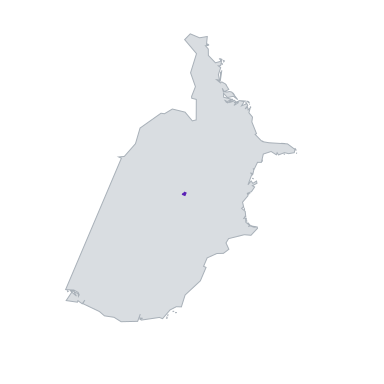 location of Geary, Kansas, United States of America, rotated 293°
{"feature_id": "52423323B10299341155565", "entity_name": "Geary", "entity_type": "district", "adm_level": 2, "iso_a3": "USA", "parent_name": "United States of America", "parent_adm1": "Kansas", "projection": "mercator", "projection_center": [-96.82, 39.045], "detail": "fine", "context": "in_parent", "style": "filled", "palette": "violet", "viewbox_px": 384, "rotation_deg": 293, "n_neighbors": 0, "source": "geoboundaries", "source_scale": "gbopen_adm2", "svg_char_len": 4034}
<svg xmlns="http://www.w3.org/2000/svg" viewBox="0 0 384 384"><g transform="rotate(293 192 192)"><path d="M301.2,144.1L321.1,142.1L329.4,125.7L336.9,128.6L336.9,138.7L341.1,145.3L333.5,147.7L333.1,149.5L331.9,147.2L330.0,151.1L324.1,153.7L320.1,163.1L323.3,167.1L325.5,166.7L325.0,164.9L325.7,165.7L325.8,167.7L319.5,169.0L318.4,166.9L317.7,169.8L310.4,170.4L304.9,174.1L305.5,172.0L305.0,170.6L303.5,175.6L305.0,176.4L304.5,180.6L300.8,185.8L297.0,182.6L299.3,179.3L296.7,181.6L297.7,185.2L299.2,187.3L299.5,189.6L294.9,198.0L296.3,192.7L292.8,187.8L295.2,182.4L291.6,184.1L292.8,191.9L289.4,189.5L288.2,189.8L289.3,187.3L289.2,186.6L288.0,188.5L288.0,190.1L293.2,193.1L292.0,194.5L289.7,191.8L288.8,191.4L291.7,194.6L293.0,195.2L292.2,197.2L290.6,195.7L293.1,198.6L292.5,199.0L291.3,197.5L288.1,196.8L292.0,199.6L294.5,199.5L296.9,206.5L294.8,201.2L295.5,204.7L290.7,203.9L294.1,207.4L295.8,206.4L293.6,209.5L289.2,208.4L291.9,210.0L289.5,211.6L292.3,212.7L287.2,213.4L284.6,218.4L279.9,219.7L270.9,228.6L269.7,227.6L266.3,235.6L266.0,237.6L267.4,243.6L273.6,261.1L271.4,270.2L268.1,270.7L265.0,265.9L264.4,261.8L259.9,257.1L261.4,255.0L259.2,255.1L260.2,249.0L254.8,242.8L246.4,244.3L244.9,240.7L236.7,240.3L237.7,239.0L236.3,240.3L232.5,241.0L232.5,238.2L231.8,240.2L220.5,240.7L225.3,242.1L223.7,244.6L227.3,247.1L225.4,248.4L221.4,245.1L221.1,247.7L215.5,246.6L212.4,243.4L210.5,245.0L202.4,242.5L197.6,246.0L198.8,245.1L196.3,244.1L195.0,248.5L190.0,251.3L191.2,250.5L187.9,250.0L189.0,251.5L185.2,253.3L183.8,258.1L182.1,257.4L183.5,258.6L183.8,263.0L185.3,265.6L184.2,266.5L175.2,263.2L173.1,256.8L163.4,243.9L158.4,243.2L153.7,248.3L147.8,244.9L145.1,238.9L137.3,231.7L128.1,231.7L128.1,234.4L113.5,234.4L94.5,225.9L82.1,227.1L80.3,222.4L74.9,217.9L63.9,214.4L63.8,211.0L54.3,195.4L54.6,193.8L56.5,195.9L55.3,192.4L59.4,192.1L51.7,192.5L44.9,177.4L46.2,169.2L43.8,159.8L45.8,153.5L46.6,135.1L50.6,135.6L46.2,134.6L47.4,129.5L45.8,129.6L42.9,118.6L52.9,120.5L51.0,126.3L54.1,122.2L53.9,127.0L51.6,128.2L53.3,128.4L55.1,126.4L55.6,121.5L52.8,113.8L195.5,113.8L195.6,110.8L198.3,115.8L214.4,121.1L230.6,119.2L252.4,132.7L253.3,136.1L260.7,141.5L262.8,154.4L257.6,164.5L260.0,167.7L278.9,159.8L278.2,155.1L279.8,154.3L290.3,154.0L301.2,144.1ZM312.6,172.5L315.7,171.9L304.7,174.8L313.8,171.3L312.6,172.5ZM53.7,118.6L55.0,121.7L54.9,122.2L53.1,119.8L53.7,118.6ZM185.2,264.9L184.0,261.1L184.1,258.9L184.2,261.2L185.2,264.9ZM334.3,148.0L334.2,149.5L333.7,149.2L334.3,148.0ZM212.5,244.5L212.8,245.4L211.8,244.7L212.5,244.5ZM68.2,218.2L69.5,217.7L69.6,217.8L68.2,218.2ZM66.9,217.8L66.4,218.5L65.9,217.9L66.9,217.8ZM322.4,169.2L321.5,170.1L321.3,169.9L322.4,169.2ZM184.8,256.9L184.1,258.6L185.7,255.2L184.8,256.9ZM271.8,255.4L273.0,258.8L271.6,255.1L271.8,255.4ZM74.7,221.2L75.3,222.2L74.6,221.3L74.7,221.2ZM271.9,270.7L270.9,271.8L272.5,269.5L271.9,270.7ZM297.3,208.9L296.1,210.3L297.1,206.9L297.3,208.9ZM52.3,116.0L52.3,116.9L51.7,116.5L52.3,116.0ZM189.1,252.2L187.3,253.0L189.1,252.0L189.1,252.2ZM325.3,169.6L325.3,170.6L324.3,170.4L325.3,169.6ZM74.7,224.0L75.1,225.2L74.5,224.1L74.7,224.0ZM186.9,253.7L186.2,254.1L186.8,253.4L186.9,253.7ZM299.0,191.3L297.8,193.3L299.2,190.5L299.0,191.3ZM197.1,246.8L195.9,247.5L197.6,246.3L197.1,246.8ZM266.5,236.6L266.3,238.0L266.2,237.0L266.5,236.6ZM292.7,213.0L292.3,213.3L293.5,212.1L292.7,213.0ZM249.4,244.0L248.0,244.7L247.4,244.6L249.4,244.0ZM232.0,240.7L231.7,241.0L230.9,240.9L232.0,240.7ZM262.9,261.9L263.1,262.9L262.7,261.7L262.9,261.9ZM228.3,242.8L228.1,243.7L228.1,242.0L228.3,242.8ZM268.8,273.1L268.0,273.2L269.1,272.9L268.8,273.1ZM304.2,181.3L303.6,182.3L304.3,180.9L304.2,181.3ZM295.2,210.6L294.7,211.0L295.2,210.6Z" fill="#d9dde1" stroke="#a8b0b8" stroke-width="1"/><path d="M186.2,185.0L186.2,185.4L186.2,186.1L186.4,186.0L186.4,186.7L186.6,186.7L187.0,186.7L188.6,186.7L188.6,185.6L188.6,185.4L187.7,185.4L187.6,185.2L187.5,185.3L186.9,185.3L186.8,185.2L186.9,184.9L186.8,184.4L186.2,184.4L186.3,185.0L186.2,185.0Z" fill="#8b5cf6" stroke="#5b21b6" stroke-width="1.5"/></g></svg>